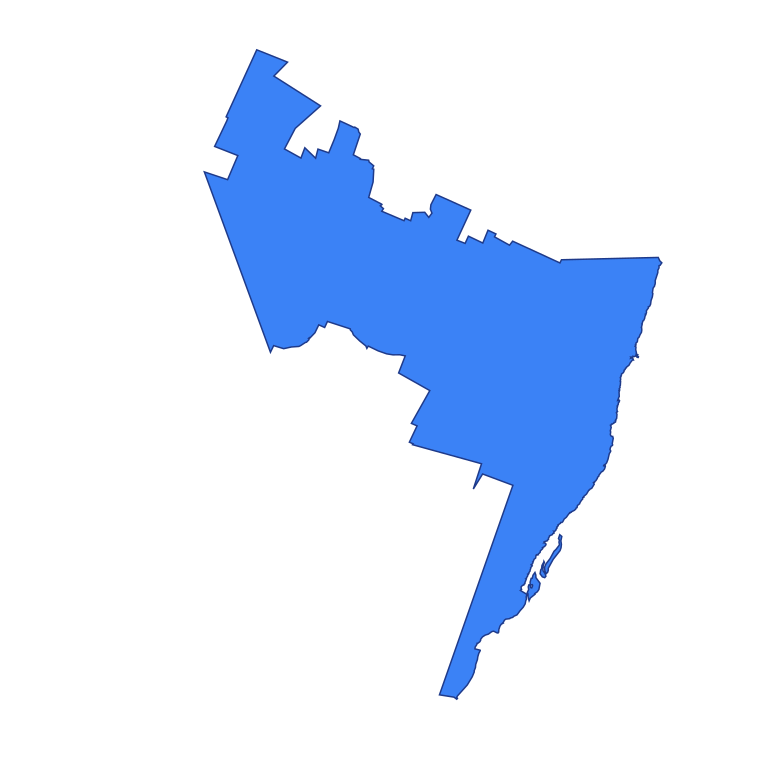 the district of Calkiní, Campeche, Mexico, rotated 198°
{"feature_id": "50627088B85126992940446", "entity_name": "Calkiní", "entity_type": "district", "adm_level": 2, "iso_a3": "MEX", "parent_name": "Mexico", "parent_adm1": "Campeche", "projection": "albers", "projection_center": [-90.434, 20.481], "detail": "fine", "context": "isolated", "style": "filled", "palette": "blue", "viewbox_px": 768, "rotation_deg": 198, "n_neighbors": 0, "source": "geoboundaries", "source_scale": "gbopen_adm2", "svg_char_len": 6175}
<svg xmlns="http://www.w3.org/2000/svg" viewBox="0 0 768 768"><g transform="rotate(198 384 384)"><path d="M230.1,327.5L235.2,105.5L220.7,107.8L217.4,106.7L217.0,107.8L218.0,108.3L217.8,109.9L211.8,123.5L209.6,132.8L209.2,138.0L209.6,139.2L209.4,142.6L210.1,145.6L210.0,150.8L210.5,153.5L210.6,157.1L210.1,160.1L210.2,160.5L211.1,160.5L215.7,160.2L216.0,162.0L215.3,164.5L215.3,166.2L214.8,166.2L213.2,168.5L212.9,170.1L213.2,171.1L212.2,173.9L210.1,176.5L207.4,178.4L204.9,181.9L203.3,182.8L199.4,182.2L198.5,182.6L198.6,183.5L198.3,183.6L198.9,185.9L198.9,189.5L198.3,191.7L197.1,193.0L197.5,193.0L196.8,194.4L196.5,196.6L195.5,198.0L191.9,199.7L191.6,200.4L189.5,201.8L188.6,203.4L186.2,205.5L184.5,210.5L182.6,214.8L181.8,218.5L182.2,221.8L182.0,223.3L183.0,225.5L183.1,228.7L183.6,228.2L190.5,229.8L189.7,231.3L190.2,231.6L190.9,233.4L190.1,235.2L188.9,236.1L189.1,236.5L188.3,237.7L188.6,238.1L188.4,242.5L188.7,242.6L188.4,242.8L188.6,244.1L188.1,245.2L188.2,246.7L187.8,248.0L188.1,248.0L187.7,248.4L187.9,249.4L187.3,251.2L187.6,252.5L187.4,253.8L187.8,254.6L187.0,256.4L188.0,257.5L187.4,257.6L187.8,258.0L187.2,259.2L187.2,260.5L187.6,260.8L187.2,261.5L187.1,263.7L186.0,265.3L186.5,268.1L186.0,268.8L185.6,268.6L184.7,269.2L185.0,269.4L183.5,272.1L183.7,273.7L182.3,276.2L182.2,277.1L182.7,277.4L181.1,279.0L180.4,280.6L180.4,281.8L181.9,282.6L182.7,282.4L182.4,282.9L182.9,283.5L180.2,285.4L180.4,285.8L179.5,287.2L180.0,288.3L179.5,290.1L179.7,290.8L177.4,292.7L177.3,293.7L176.3,294.6L176.7,295.0L176.3,296.2L176.7,296.4L176.2,296.5L175.3,298.4L175.5,299.0L174.9,300.6L175.5,301.2L174.5,303.1L175.0,303.7L173.2,306.0L173.2,306.9L172.0,307.3L171.4,308.3L170.9,311.3L169.4,313.6L168.1,317.7L167.3,318.7L167.6,319.1L166.3,319.9L166.3,320.3L163.9,322.7L163.0,324.3L162.9,325.5L162.2,326.1L162.5,328.2L160.9,330.6L161.0,331.5L160.3,334.3L159.5,336.0L159.9,337.4L158.9,338.2L159.3,338.8L157.4,341.9L156.4,346.3L155.9,346.6L155.6,347.6L154.2,349.0L153.1,353.6L154.3,354.9L153.5,355.4L153.8,355.7L152.6,357.6L152.0,360.0L152.0,361.4L151.2,362.8L151.4,363.7L150.1,367.5L149.0,368.6L148.0,371.3L148.0,374.0L148.3,374.7L148.8,375.0L149.2,374.1L150.5,374.0L149.2,374.5L149.5,375.3L148.6,376.1L147.9,377.9L147.7,381.6L148.2,387.4L147.6,389.9L147.9,390.7L148.8,391.4L149.0,393.0L148.8,395.0L147.8,396.1L147.7,396.7L148.5,397.8L149.2,403.2L150.3,404.8L150.9,404.5L152.3,404.9L153.1,405.8L153.6,408.5L154.3,409.3L154.5,413.0L155.8,414.6L155.3,414.8L155.4,415.8L155.1,416.3L154.6,416.3L153.1,418.1L153.3,418.6L152.1,419.3L152.3,421.1L152.7,421.1L152.1,423.2L153.0,427.0L154.1,428.5L153.7,429.3L154.0,429.2L153.8,430.2L154.8,432.3L155.0,435.3L155.4,435.3L154.9,437.0L155.3,438.5L154.9,439.2L154.8,440.9L155.3,441.2L156.7,440.4L156.7,441.5L156.1,441.9L156.7,442.9L156.4,444.8L158.0,449.1L157.9,450.6L158.1,451.2L158.5,451.0L158.4,451.9L158.8,452.2L158.4,453.6L159.0,454.9L158.8,455.7L159.8,459.6L160.2,459.6L160.4,461.8L161.3,463.3L160.8,464.2L161.2,464.7L160.9,466.0L161.2,467.0L159.9,468.7L159.6,470.2L159.9,471.3L159.2,472.2L159.2,473.6L158.5,474.3L158.6,474.9L156.8,477.6L156.4,480.1L155.1,483.7L154.2,483.9L155.4,485.4L156.2,485.4L157.2,484.8L157.1,485.1L157.8,485.8L156.1,486.3L155.5,486.9L155.7,487.3L154.5,487.4L153.6,488.1L153.2,489.2L152.0,489.1L152.3,489.6L151.9,490.2L153.4,490.3L153.5,491.0L153.2,491.0L155.2,494.4L155.8,497.1L156.9,497.5L156.4,498.9L156.8,499.1L156.6,499.3L157.0,500.8L156.1,502.4L156.7,505.8L155.9,507.3L155.7,510.1L155.1,512.7L155.5,515.0L156.4,517.2L156.9,517.4L157.1,517.6L156.8,517.5L156.7,517.9L156.9,520.5L157.9,521.2L157.1,520.9L157.3,523.9L156.7,524.5L156.4,526.9L156.7,529.0L156.4,530.9L157.0,531.2L156.5,531.7L156.4,532.9L157.1,534.7L156.0,538.2L156.5,539.0L155.4,540.1L155.1,542.2L155.8,545.9L155.7,549.7L156.1,552.2L156.3,553.2L156.9,553.6L157.7,558.2L156.9,561.0L157.2,561.7L157.0,562.8L157.5,564.9L158.0,565.8L158.0,574.5L158.7,576.8L158.3,579.4L159.0,581.5L158.1,582.2L157.2,585.1L159.8,586.4L162.3,589.1L253.6,557.0L254.1,553.5L305.8,559.6L307.5,554.8L324.4,558.1L323.9,561.3L332.6,562.4L333.6,548.6L349.4,550.7L350.3,542.8L359.1,543.3L355.2,576.2L393.0,580.3L394.8,569.0L393.9,564.6L391.2,561.3L392.9,556.3L398.3,559.9L409.5,555.9L409.1,547.5L415.1,548.2L415.4,545.5L439.5,547.6L438.7,550.6L442.6,552.3L441.4,554.0L441.7,554.3L456.2,556.7L456.8,572.7L460.1,585.1L461.6,585.1L461.2,588.3L466.7,590.5L467.8,592.1L476.1,590.3L476.1,591.1L484.0,592.5L483.8,614.4L485.8,615.8L487.4,618.4L491.2,619.3L491.7,618.7L507.2,620.6L506.5,613.1L506.9,601.1L508.0,586.8L519.4,587.0L518.8,577.6L532.3,584.2L532.8,573.2L551.3,576.8L547.4,599.7L530.3,628.9L583.9,642.8L575.2,660.3L608.3,662.5L616.7,589.3L614.7,589.0L614.8,585.9L618.5,557.6L593.6,556.1L595.9,530.0L620.4,530.2L501.8,379.1L500.8,386.4L490.3,386.6L483.5,390.6L476.6,393.4L475.2,394.7L471.6,399.2L470.6,399.8L469.2,402.6L469.1,403.7L469.9,404.0L469.1,405.2L468.6,405.0L465.5,411.4L464.3,420.1L457.9,419.4L457.1,426.0L433.1,426.0L432.8,425.1L430.2,423.6L428.3,421.3L420.3,417.4L413.0,414.6L411.3,412.6L410.7,415.2L399.8,413.7L390.8,413.5L384.5,414.5L378.0,416.7L372.5,417.3L373.5,399.0L338.4,391.9L345.8,355.0L339.6,354.4L341.9,336.5L337.8,336.1L338.1,335.1L266.6,338.3L266.6,311.7L262.4,328.9L230.1,327.5ZM182.9,233.2L183.3,229.8L182.2,228.9L181.3,226.2L179.0,222.7L178.7,225.7L175.4,230.7L175.9,231.2L174.0,233.7L173.2,236.4L174.0,242.7L179.7,246.8L180.6,249.3L182.2,251.4L183.2,248.2L183.0,245.1L184.0,244.6L183.8,240.7L183.1,238.8L182.0,238.4L181.0,239.0L180.5,238.6L180.3,237.3L180.5,235.7L181.7,235.7L182.2,237.0L183.4,238.1L184.2,237.7L184.1,235.6L182.9,233.2ZM170.6,277.5L172.1,269.3L174.4,262.9L174.6,260.3L174.6,259.0L173.3,256.1L171.2,253.5L170.2,255.5L170.2,257.7L170.8,259.5L168.9,269.6L165.1,279.9L165.0,282.9L165.7,286.3L167.3,289.5L167.8,294.0L170.3,295.0L170.3,290.9L169.0,289.8L168.7,287.6L167.6,285.6L167.6,284.7L169.3,279.9L170.6,277.5ZM177.0,264.0L177.7,260.3L177.1,257.1L177.5,255.6L176.9,251.7L173.8,249.5L171.3,249.5L170.6,251.2L172.3,253.5L175.0,255.5L175.9,257.7L176.5,260.9L176.3,263.9L177.1,264.7L177.0,264.0ZM151.6,489.2L152.3,488.6L152.2,488.1L151.5,487.6L150.4,487.8L150.4,488.6L151.6,489.2Z" fill="#3b82f6" stroke="#1e3a8a" stroke-width="1.5"/></g></svg>